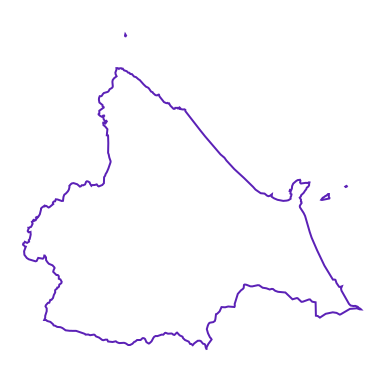 outline of Ky Anh, Ha Tinh, Vietnam
{"feature_id": "81297802B12468750690576", "entity_name": "Ky Anh", "entity_type": "district", "adm_level": 2, "iso_a3": "VNM", "parent_name": "Vietnam", "parent_adm1": "Ha Tinh", "projection": "robinson", "projection_center": [106.198, 18.11], "detail": "fine", "context": "isolated", "style": "outline", "palette": "violet", "viewbox_px": 384, "rotation_deg": 0, "n_neighbors": 0, "source": "geoboundaries", "source_scale": "gbopen_adm2", "svg_char_len": 5912}
<svg xmlns="http://www.w3.org/2000/svg" viewBox="0 0 384 384"><path d="M24.1,251.2L24.4,254.8L26.8,258.0L28.8,259.3L35.5,261.3L36.6,261.0L38.2,257.9L42.8,258.7L43.5,258.2L44.2,256.6L44.3,255.5L44.7,255.5L46.0,257.4L46.1,260.2L47.6,262.4L48.9,263.8L52.5,265.3L54.3,267.3L54.6,268.0L53.6,270.1L53.2,271.8L56.4,275.0L57.7,275.0L58.5,275.7L58.8,276.5L58.8,278.8L60.4,279.4L61.7,281.8L61.3,283.2L59.3,284.6L59.0,286.5L58.4,287.3L57.2,287.6L57.1,288.5L55.4,289.8L55.1,290.6L55.2,292.4L53.8,295.1L53.0,298.0L51.4,299.9L50.3,299.9L49.3,302.7L47.9,302.9L45.8,305.3L45.5,306.4L46.7,308.4L46.7,311.2L45.2,315.9L45.2,317.8L44.2,320.0L46.3,320.1L47.2,321.0L50.4,321.9L53.0,324.2L53.6,325.4L55.0,325.7L57.2,326.9L60.5,327.2L62.4,328.0L65.6,330.3L69.7,330.8L76.2,330.9L83.8,333.5L85.0,334.0L85.5,334.6L88.3,334.5L90.1,335.2L94.0,334.6L94.8,335.0L96.0,336.4L99.1,337.6L102.3,340.0L103.3,340.2L105.7,339.6L107.2,339.7L108.1,341.5L112.6,342.0L115.8,341.3L117.3,342.4L119.3,343.1L124.0,342.8L125.6,343.3L128.2,345.0L130.0,345.0L132.4,343.8L134.3,341.8L135.2,341.6L137.1,340.0L140.6,340.0L142.5,338.2L143.2,338.1L144.3,338.4L145.1,339.1L146.4,342.1L148.6,343.5L149.3,343.4L151.5,341.4L153.5,337.7L154.3,336.7L155.7,336.0L157.4,336.1L161.7,334.6L163.3,334.7L164.9,333.0L165.6,332.8L168.0,333.7L171.5,333.5L172.5,333.9L173.3,334.7L174.5,334.9L176.7,332.7L177.1,332.6L179.6,335.3L182.5,336.7L183.1,338.2L185.0,340.0L188.7,341.6L190.2,344.0L191.3,344.0L192.7,345.2L194.2,343.4L197.7,340.8L199.8,340.7L200.8,341.1L203.0,343.7L204.6,344.1L205.2,344.9L205.8,347.7L206.8,349.7L206.4,347.8L208.3,344.0L211.6,339.5L211.1,338.5L210.0,337.4L208.0,333.3L206.8,329.1L207.9,325.4L208.9,323.4L209.9,322.7L213.3,322.1L214.9,320.9L215.4,319.0L216.0,314.2L217.1,313.8L219.6,311.4L221.5,307.1L225.1,307.3L228.2,306.5L234.4,307.0L234.8,306.0L234.7,303.9L237.8,293.9L241.0,290.3L242.8,289.0L243.7,287.9L243.9,285.5L244.1,284.8L244.8,284.5L246.5,284.8L250.3,286.3L252.2,286.4L257.7,285.2L259.2,285.3L262.6,287.7L266.4,288.3L269.7,289.5L271.7,288.9L272.9,289.0L275.2,290.8L278.0,291.8L285.4,292.5L292.5,299.3L296.7,298.1L297.6,298.2L301.4,301.8L302.8,301.7L308.8,299.5L309.9,299.4L312.2,301.7L315.6,302.3L315.9,315.7L317.7,316.0L319.9,317.6L325.7,313.8L332.8,312.3L336.6,312.9L339.7,314.6L340.5,314.4L349.9,308.9L356.8,308.3L359.6,309.3L361.0,309.4L360.4,308.8L359.8,308.9L359.4,308.2L358.6,308.0L358.1,307.1L357.5,306.7L355.4,305.9L353.2,306.0L350.6,305.5L349.0,303.9L341.5,290.7L341.0,288.6L341.9,286.3L340.0,287.0L339.1,286.8L336.5,283.0L335.5,280.0L334.9,279.6L332.9,279.6L324.4,265.6L317.1,250.3L311.6,237.6L309.7,231.9L305.1,216.0L303.7,213.1L300.0,207.4L299.8,206.4L299.9,205.6L301.6,203.0L301.4,202.5L301.4,201.9L300.9,201.6L301.0,199.7L299.7,197.7L300.9,196.4L301.1,195.3L303.7,192.8L305.1,190.6L306.2,189.3L306.8,187.6L308.3,186.6L309.1,185.1L309.1,183.8L309.5,182.4L309.0,182.3L307.2,183.1L306.1,182.8L301.0,183.5L300.1,182.6L300.4,180.6L300.0,179.8L297.7,180.1L296.3,180.9L293.2,183.6L292.1,186.1L291.9,188.5L291.3,189.9L290.0,189.8L289.6,191.1L290.7,191.5L290.4,193.6L291.5,194.3L291.1,196.2L290.6,197.0L290.6,198.8L288.4,200.2L286.6,200.6L283.3,200.9L277.5,199.8L274.0,198.3L271.9,196.9L271.6,196.6L271.9,194.3L269.9,195.8L268.4,196.2L267.0,195.6L264.6,193.6L260.7,193.2L255.5,189.6L253.1,186.9L243.9,177.9L234.3,169.1L226.4,160.5L224.5,157.8L220.5,154.4L205.1,136.4L200.7,130.9L185.4,111.2L185.3,109.8L184.3,109.3L183.0,109.5L179.4,108.9L179.3,108.1L179.9,107.8L179.6,107.5L179.0,108.2L178.2,107.8L177.6,108.3L177.1,107.9L175.2,107.9L174.7,108.8L173.5,108.8L170.3,105.6L169.1,103.4L168.5,103.6L167.7,102.9L167.0,103.2L166.0,103.0L164.0,102.1L159.4,96.3L159.0,94.7L158.5,94.6L157.0,95.4L155.4,95.1L153.0,93.0L152.6,92.2L151.1,91.6L148.8,88.3L147.8,87.5L146.0,86.7L143.6,84.4L139.7,80.0L138.6,79.4L136.1,77.2L134.0,76.5L131.9,74.1L130.3,74.0L129.4,72.8L128.2,72.7L126.7,71.2L124.0,70.3L122.7,68.6L122.0,68.9L121.1,68.2L119.3,68.4L118.9,68.9L117.7,68.1L116.4,68.1L116.5,69.5L115.4,72.5L115.6,74.2L116.6,76.3L114.0,78.3L112.7,80.1L112.4,81.9L112.8,86.2L112.5,87.3L111.7,88.1L109.7,89.2L108.5,91.3L107.7,91.9L103.9,93.0L102.9,94.0L101.8,95.8L101.1,96.2L99.7,96.2L99.0,98.1L98.9,99.7L99.4,102.5L102.5,105.0L102.6,106.3L103.6,107.0L103.7,107.6L99.3,110.7L99.3,113.4L98.6,114.0L98.6,114.5L100.3,116.0L101.9,116.8L103.1,115.6L104.0,115.5L104.2,115.9L103.3,117.0L103.6,119.1L105.1,121.4L106.3,120.8L106.8,121.4L105.4,123.5L103.3,122.6L103.1,123.0L103.5,123.4L103.4,125.0L105.3,126.6L107.4,129.2L106.8,135.3L108.0,135.4L108.1,136.3L108.3,143.2L108.1,152.9L108.7,154.4L109.3,157.5L110.6,161.2L110.5,162.4L108.4,168.5L106.9,172.0L105.5,174.3L105.2,175.6L104.1,177.2L103.9,183.2L102.3,185.0L98.8,186.4L98.0,186.0L96.7,184.4L94.7,185.0L92.1,185.1L91.4,185.8L90.1,183.8L89.6,182.4L87.8,181.4L86.8,181.3L86.1,181.8L85.1,184.4L83.2,185.3L81.8,185.2L80.8,186.3L79.9,186.6L77.3,184.3L73.6,183.1L71.9,183.4L70.8,184.2L69.3,185.9L69.5,186.9L68.9,189.5L67.9,191.3L66.0,193.4L64.3,194.7L63.5,196.8L63.0,200.8L61.8,201.0L57.6,199.5L55.8,199.3L55.1,201.3L53.9,201.5L53.3,202.0L52.8,203.1L53.3,204.0L49.4,207.2L48.5,207.5L46.4,206.0L45.5,205.8L44.9,206.3L44.5,205.7L41.6,207.8L41.0,208.6L41.0,209.6L39.8,214.3L38.1,217.1L37.2,216.8L36.1,217.4L36.8,218.5L35.7,219.3L35.9,219.7L35.7,220.2L34.4,220.5L33.6,219.9L32.9,220.6L32.8,220.9L33.4,221.2L31.9,221.9L32.6,223.8L31.3,226.5L30.9,227.0L29.7,227.3L29.3,227.8L28.4,227.8L28.6,228.6L27.7,231.0L28.5,232.2L29.3,232.0L30.0,232.4L30.5,232.1L30.7,234.6L29.7,239.1L28.8,240.1L29.1,241.6L27.1,242.9L24.8,241.8L24.4,242.7L23.3,243.4L23.0,244.7L24.3,245.7L24.8,246.5L25.8,246.7L24.1,251.2ZM321.9,200.0L329.3,198.5L329.5,198.0L328.8,197.0L328.9,194.0L328.1,194.0L326.3,195.7L325.5,195.9L324.3,196.9L322.7,197.8L321.2,199.8L321.9,200.0ZM125.6,36.3L126.1,35.6L125.3,34.3L125.0,35.6L125.2,36.2L125.6,36.3ZM346.6,186.7L346.9,186.3L346.4,185.9L345.3,186.6L345.7,187.0L346.6,186.7Z" fill="none" stroke="#5b21b6" stroke-width="2"/></svg>